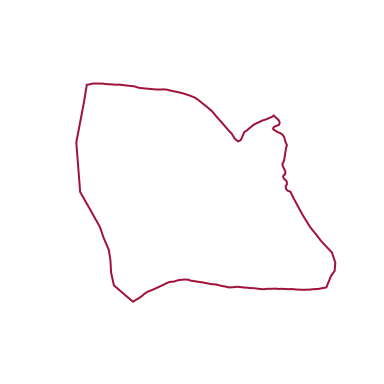 the district of Atsaphangthong, Savannakhét, Laos, rotated 158°
{"feature_id": "54806243B41596268770013", "entity_name": "Atsaphangthong", "entity_type": "district", "adm_level": 2, "iso_a3": "LAO", "parent_name": "Laos", "parent_adm1": "Savannakhét", "projection": "equal_earth", "projection_center": [105.275, 16.699], "detail": "fine", "context": "isolated", "style": "outline", "palette": "rose", "viewbox_px": 384, "rotation_deg": 158, "n_neighbors": 0, "source": "geoboundaries", "source_scale": "gbopen_adm2", "svg_char_len": 2426}
<svg xmlns="http://www.w3.org/2000/svg" viewBox="0 0 384 384"><g transform="rotate(158 192 192)"><path d="M287.8,112.4L278.0,114.1L274.3,115.4L270.5,116.2L268.1,116.1L266.0,116.1L261.0,116.3L256.3,116.5L252.9,116.7L250.0,117.0L246.4,117.0L242.3,115.7L240.8,115.6L238.3,115.5L234.1,114.4L231.1,113.4L228.6,112.2L227.1,111.0L226.3,110.1L225.4,109.8L223.0,108.3L220.3,106.7L218.2,105.4L216.9,104.8L215.4,103.8L213.8,102.7L211.3,101.1L208.9,99.5L207.0,98.5L205.2,97.7L203.6,96.8L202.3,95.7L200.8,94.6L199.2,93.5L195.2,91.0L194.5,90.2L192.9,89.5L190.7,88.7L188.6,88.0L186.7,87.6L183.8,86.3L181.6,85.1L179.7,84.0L178.7,83.5L177.7,83.1L175.6,82.0L174.0,81.1L172.4,80.5L171.3,79.9L169.5,79.0L167.6,77.9L165.8,76.9L163.7,75.8L162.0,75.0L160.7,74.6L159.2,74.3L157.3,73.6L154.3,72.4L152.5,71.7L150.6,71.1L149.1,70.2L147.3,69.4L145.0,68.6L141.7,67.1L140.4,66.4L138.2,65.5L135.6,64.5L134.2,63.8L131.4,62.3L128.9,61.2L125.9,59.8L122.6,58.6L120.9,57.9L118.6,57.2L117.1,56.8L115.6,56.3L112.6,55.3L111.5,54.9L110.0,54.5L108.0,54.2L106.3,53.8L104.6,53.5L103.2,53.2L94.4,62.2L89.3,65.4L85.6,72.8L84.9,83.3L88.7,93.1L90.6,98.0L93.1,107.0L95.6,115.1L98.1,129.8L100.0,146.9L100.7,155.5L102.4,156.9L103.2,158.0L103.5,158.9L103.5,160.4L103.3,161.5L102.7,162.5L101.3,163.3L100.5,165.2L100.3,166.9L101.1,168.6L101.8,170.0L101.8,172.1L100.8,173.2L99.4,173.4L98.5,174.3L97.9,175.7L97.8,177.1L98.0,180.0L98.1,182.6L97.6,184.1L97.4,184.6L96.7,184.9L96.2,185.2L95.6,186.1L94.8,186.7L88.4,197.4L86.4,200.0L86.6,203.3L86.0,208.2L86.6,211.3L87.9,213.3L90.2,215.5L91.7,217.6L93.1,219.4L93.1,220.4L92.5,221.1L91.1,221.7L89.0,221.7L86.3,221.7L85.2,222.7L84.6,224.1L84.8,226.4L86.1,229.2L87.6,232.3L89.8,231.7L95.5,231.6L100.4,231.9L109.7,231.3L118.8,228.3L120.9,228.1L124.7,224.4L127.3,221.9L130.2,221.6L132.3,225.0L133.4,231.5L134.4,233.8L136.3,239.1L137.8,243.7L139.4,248.2L141.1,252.8L142.5,257.4L143.7,260.5L146.2,265.2L149.6,271.2L151.6,274.9L154.1,278.6L156.1,280.5L159.7,283.8L164.0,287.3L167.8,290.0L171.8,292.6L175.3,295.1L177.3,296.5L179.9,297.8L183.1,298.9L186.6,300.4L190.2,302.2L197.2,305.8L202.2,308.5L205.7,311.4L208.6,313.0L215.1,316.5L218.6,318.5L221.5,319.7L223.5,320.5L226.2,321.9L230.1,323.7L234.1,325.9L243.0,329.6L246.7,330.2L249.4,330.8L257.8,316.9L280.7,281.3L295.7,233.9L292.9,213.0L290.5,194.1L291.1,182.7L290.8,169.3L293.3,159.0L297.2,147.6L299.4,134.7L293.3,122.8L287.8,112.4Z" fill="none" stroke="#9f1239" stroke-width="2"/></g></svg>